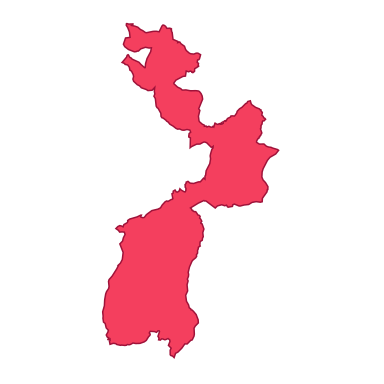 Malnas, Covasna, Romania (Mercator projection), rotated 92°
{"feature_id": "2599482B6091931958570", "entity_name": "Malnas", "entity_type": "district", "adm_level": 2, "iso_a3": "ROU", "parent_name": "Romania", "parent_adm1": "Covasna", "projection": "mercator", "projection_center": [25.812, 46.025], "detail": "fine", "context": "isolated", "style": "filled", "palette": "rose", "viewbox_px": 384, "rotation_deg": 92, "n_neighbors": 0, "source": "geoboundaries", "source_scale": "gbopen_adm2", "svg_char_len": 6026}
<svg xmlns="http://www.w3.org/2000/svg" viewBox="0 0 384 384"><g transform="rotate(92 192 192)"><path d="M65.0,266.4L65.9,263.9L66.8,263.4L67.3,260.7L69.5,259.0L72.4,258.3L73.3,256.7L76.8,254.8L78.7,254.4L81.2,255.0L83.4,254.2L86.7,250.4L87.7,248.1L89.6,246.3L91.2,241.2L92.2,239.6L91.7,235.4L88.8,232.9L92.3,233.2L95.4,232.6L97.6,233.4L99.9,231.9L107.4,230.8L108.9,229.9L109.6,228.8L114.4,225.9L117.5,225.6L118.8,224.7L119.2,223.3L121.3,220.4L122.0,219.9L122.9,218.3L125.0,216.5L126.8,213.2L129.0,210.2L129.7,208.5L129.4,206.7L130.5,204.0L130.5,202.0L129.7,199.2L130.2,196.3L132.3,195.4L133.6,196.9L136.3,197.2L137.2,197.1L137.9,195.5L147.8,195.4L146.6,194.0L144.0,189.0L143.8,185.7L141.8,182.3L141.6,180.9L142.3,179.0L146.6,174.4L146.3,173.2L145.7,172.5L147.3,172.6L148.6,173.6L153.4,174.8L155.3,175.1L158.2,174.6L163.0,175.2L170.3,178.6L174.8,179.0L175.7,179.6L178.7,179.5L177.7,180.9L181.5,184.0L181.7,186.1L183.4,190.6L183.2,194.2L181.5,196.4L182.4,198.2L183.3,198.1L185.2,199.3L186.0,198.8L187.2,199.1L188.5,198.2L190.8,198.2L192.1,198.8L192.1,199.7L190.5,202.8L189.2,204.2L191.3,204.8L192.6,206.4L192.4,207.8L190.6,209.0L191.8,210.8L193.7,210.8L194.5,212.0L199.4,210.9L200.1,211.6L200.1,212.3L202.3,215.7L201.8,216.8L202.6,218.4L206.0,221.3L208.9,222.9L210.3,225.4L212.0,231.5L216.1,236.7L219.1,238.8L219.4,240.2L218.9,242.2L218.2,242.4L216.9,241.8L216.9,242.4L218.8,246.0L221.2,253.3L222.7,255.3L223.8,255.1L225.0,255.8L226.9,258.9L229.2,259.7L228.5,261.0L228.1,263.0L229.1,264.9L231.2,266.8L232.9,264.2L234.6,262.9L234.3,260.4L234.5,258.2L236.7,257.4L240.2,259.0L243.5,259.7L246.4,262.3L254.8,258.7L261.9,259.3L265.7,261.1L267.8,263.2L267.9,262.9L271.4,264.5L278.9,268.9L282.4,271.8L284.3,272.3L289.2,271.6L291.3,271.9L294.5,273.9L296.9,274.7L302.8,275.5L308.8,275.6L314.9,277.1L319.2,276.5L321.3,276.6L325.1,275.9L326.4,274.2L330.8,273.0L333.1,270.8L335.0,271.2L337.9,272.7L340.0,271.6L340.6,270.2L342.4,270.9L342.6,270.5L341.7,268.9L343.2,268.7L344.1,269.3L347.1,268.6L346.0,265.6L346.0,264.6L346.3,262.7L347.0,262.0L347.6,258.8L347.7,257.7L347.4,257.4L347.7,253.7L347.4,252.2L346.7,251.4L346.9,249.5L346.5,248.2L345.0,245.7L345.4,242.9L345.1,238.7L343.4,234.4L341.9,232.5L338.2,230.4L336.8,229.1L335.5,228.8L334.4,229.8L332.7,228.9L332.8,224.6L333.5,222.6L331.9,221.1L331.9,220.0L332.7,219.6L337.4,221.0L339.2,219.9L340.9,220.2L341.1,218.4L339.9,217.3L339.9,216.1L340.6,214.2L340.5,213.3L339.3,210.8L340.6,209.1L342.1,208.8L346.1,210.2L348.8,207.4L350.9,208.3L355.4,208.1L356.1,207.5L356.7,205.6L358.1,204.1L353.8,202.8L352.5,200.5L348.4,196.7L344.1,193.9L344.0,191.5L340.2,188.0L340.0,186.9L339.5,186.5L336.1,185.0L334.0,184.7L328.0,185.2L325.8,184.0L322.6,181.1L319.5,181.4L314.3,183.6L311.4,186.2L310.0,187.7L309.8,188.8L308.9,189.1L307.8,190.7L304.9,191.5L301.4,193.7L295.4,194.7L291.0,192.9L284.9,193.7L281.0,192.8L279.2,193.6L276.4,192.6L274.3,192.5L272.6,193.0L267.0,191.9L261.2,189.6L260.0,188.7L257.6,186.0L256.1,185.1L254.6,185.4L252.9,184.3L250.1,184.4L248.7,183.8L247.0,183.7L245.7,181.9L244.9,182.3L241.9,182.2L241.1,181.9L239.9,180.1L237.4,179.8L236.4,179.2L232.2,179.8L228.6,178.8L223.5,180.8L223.0,182.0L222.3,182.1L220.9,181.2L218.9,182.3L217.8,183.5L216.4,183.0L215.7,183.3L215.1,183.9L214.8,185.2L211.7,187.4L211.4,188.4L211.6,189.1L211.0,190.3L210.4,190.5L210.3,191.3L209.0,191.9L208.0,193.0L202.9,185.3L200.1,179.8L200.6,178.9L200.4,178.0L200.7,177.4L207.2,168.2L205.0,166.1L203.7,161.8L204.6,158.9L204.0,157.0L205.6,156.0L205.9,155.3L205.0,151.1L203.2,150.7L202.6,149.2L204.3,144.6L204.3,143.2L203.2,139.6L202.5,134.9L200.3,131.6L199.4,127.6L199.8,123.3L199.3,121.5L195.8,121.4L189.3,117.1L187.0,116.8L186.9,116.3L184.0,116.3L180.0,118.9L177.5,121.4L174.6,122.7L169.5,122.6L166.2,121.7L157.7,117.7L154.6,115.3L151.1,109.7L147.3,106.9L146.6,107.9L145.2,113.2L144.6,114.5L144.4,116.9L143.7,119.2L141.5,121.8L141.8,126.3L140.1,129.2L138.7,129.2L136.1,127.7L135.9,127.0L134.4,126.6L134.3,126.1L133.5,126.0L133.0,125.3L131.8,125.0L131.3,124.5L130.4,124.3L126.5,125.8L125.8,125.3L123.0,125.3L121.7,124.4L119.4,124.2L118.5,123.7L118.4,122.5L116.7,121.0L115.7,121.9L115.4,122.8L113.9,123.6L112.8,124.9L110.0,124.5L108.6,125.8L107.5,126.0L107.5,126.7L106.6,127.5L105.2,131.4L102.7,135.2L101.6,136.0L98.8,136.9L99.6,139.4L101.5,140.5L101.7,141.4L105.6,145.0L107.2,147.4L109.8,149.7L111.4,150.0L114.2,151.8L114.6,152.3L114.5,154.7L114.8,155.9L115.7,156.1L117.3,159.1L119.9,160.5L120.1,160.8L119.5,161.3L119.8,162.0L121.3,163.4L122.3,163.2L123.1,164.5L123.3,165.7L122.0,165.2L123.0,166.5L122.7,166.8L122.8,167.3L123.6,168.4L123.1,170.2L122.5,170.9L122.4,171.5L126.3,172.5L125.6,173.3L126.5,174.1L126.5,175.5L125.7,177.4L126.5,179.3L125.7,179.9L125.9,181.8L125.3,181.6L124.5,182.4L124.0,183.9L121.6,186.9L120.6,187.5L116.0,188.2L110.2,187.0L108.6,188.2L98.8,184.6L95.7,185.2L93.3,186.4L91.3,188.1L90.8,189.2L90.6,191.8L90.9,197.0L90.2,201.7L90.5,204.9L90.1,205.9L89.1,206.8L87.7,210.1L84.4,213.9L83.6,213.9L80.7,211.9L76.8,205.1L76.4,202.6L71.3,202.0L72.0,199.5L71.2,198.0L71.7,196.4L72.3,196.4L72.7,195.3L71.4,193.7L68.6,193.6L67.3,191.3L66.4,190.8L66.4,190.0L66.0,189.7L65.0,190.2L63.2,190.0L62.3,191.3L60.9,191.2L59.8,191.0L59.6,189.9L58.7,189.2L54.5,188.2L53.0,191.0L53.1,192.7L54.1,195.0L53.9,198.0L53.4,199.4L51.0,202.4L49.7,203.4L46.6,204.6L44.2,208.2L42.5,209.5L43.2,211.5L42.1,211.3L40.1,216.3L33.2,217.4L32.1,218.1L30.8,218.1L30.5,218.6L29.6,218.3L29.4,218.6L29.1,219.9L29.3,222.9L27.4,224.1L26.4,225.6L26.1,226.8L27.1,227.8L33.0,230.4L32.6,233.2L32.8,236.4L34.4,243.1L34.2,244.2L32.4,246.9L31.4,249.2L29.2,251.9L28.2,255.0L27.7,258.1L26.6,256.9L26.1,256.9L26.4,261.1L25.9,263.0L26.1,263.4L27.7,263.5L29.9,262.0L34.3,260.1L39.6,259.3L40.4,263.8L46.7,265.7L49.1,264.3L51.8,260.5L53.9,254.5L53.7,252.8L53.1,251.6L53.0,250.4L50.8,248.3L49.0,243.6L49.6,239.9L49.3,237.6L53.2,238.2L60.2,241.6L65.4,242.9L69.3,243.1L69.4,243.7L66.2,247.6L64.2,249.5L61.3,256.5L60.3,257.3L59.6,258.9L57.2,260.3L57.0,260.7L57.7,261.6L59.5,262.1L65.0,266.4Z" fill="#f43f5e" stroke="#9f1239" stroke-width="1.5"/></g></svg>